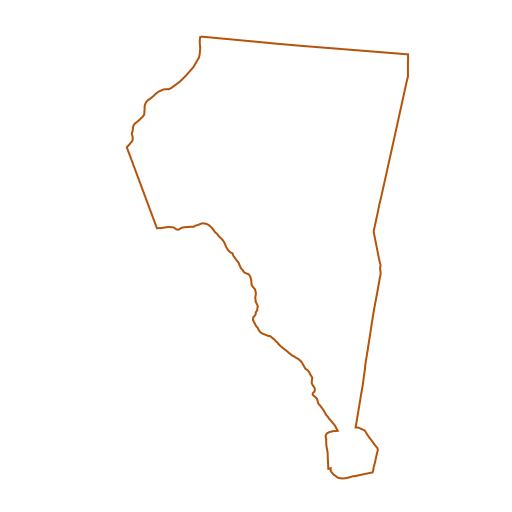 the district of Wajir East, North-Eastern, Kenya, rotated 275°
{"feature_id": "3690345B87307909258611", "entity_name": "Wajir East", "entity_type": "district", "adm_level": 2, "iso_a3": "KEN", "parent_name": "Kenya", "parent_adm1": "North-Eastern", "projection": "albers", "projection_center": [40.38, 2.006], "detail": "fine", "context": "isolated", "style": "outline", "palette": "amber", "viewbox_px": 512, "rotation_deg": 275, "n_neighbors": 0, "source": "geoboundaries", "source_scale": "gbopen_adm2", "svg_char_len": 6089}
<svg xmlns="http://www.w3.org/2000/svg" viewBox="0 0 512 512"><g transform="rotate(275 256 256)"><path d="M44.7,352.6L44.3,353.8L42.7,356.1L42.1,357.4L41.9,360.5L42.0,362.3L42.4,364.3L43.6,368.3L45.2,372.2L45.1,373.1L47.5,380.7L49.6,387.7L50.6,391.0L52.3,391.4L56.0,391.7L58.5,392.1L60.4,392.5L67.0,393.3L71.0,393.9L72.6,394.2L74.2,394.1L75.2,393.7L77.6,391.3L84.1,385.6L85.2,384.5L86.8,383.2L90.1,380.7L91.3,379.7L91.9,378.9L92.9,376.0L93.6,374.1L94.0,372.7L94.0,371.1L93.8,370.2L95.6,370.3L100.3,370.7L106.8,371.2L112.0,371.6L122.0,372.4L126.7,372.7L130.0,373.0L133.6,373.3L138.4,373.7L141.6,373.8L147.6,374.1L153.0,374.4L156.6,374.4L159.9,374.5L163.4,374.8L166.1,375.0L172.7,375.5L179.0,375.9L184.5,376.3L192.0,376.8L197.2,377.1L205.6,377.7L209.8,378.0L213.7,378.3L217.4,378.7L219.5,378.9L223.3,379.3L233.8,380.3L238.5,380.7L241.6,381.0L244.8,381.2L246.7,381.5L249.7,381.7L251.1,381.4L252.6,381.1L255.1,380.6L256.3,380.9L258.3,380.8L260.1,380.0L260.9,379.7L266.0,378.2L278.7,374.5L290.1,371.2L291.6,371.1L296.6,371.8L311.6,373.7L316.9,374.2L323.3,375.2L338.0,377.2L375.9,382.2L376.6,382.3L442.9,390.9L445.3,391.3L447.0,391.6L448.4,391.7L453.9,391.2L459.8,390.7L465.7,390.3L470.1,389.9L469.3,283.1L469.3,258.4L469.8,182.7L469.2,181.3L466.4,181.2L463.1,181.4L461.3,181.8L458.1,182.3L451.8,182.3L448.8,181.9L445.3,180.3L438.7,177.2L430.0,170.8L428.2,169.3L423.0,164.9L415.7,156.6L414.5,154.4L414.4,152.9L414.1,150.3L413.7,149.0L411.4,144.9L408.7,141.8L406.8,140.3L404.0,137.5L402.3,135.3L400.8,133.9L398.9,132.8L396.7,132.1L394.8,132.0L393.0,132.2L387.1,132.3L385.8,131.6L384.1,130.3L380.2,126.9L377.4,123.8L375.6,122.7L373.7,122.3L371.1,122.2L369.5,122.2L367.6,121.6L366.1,121.9L364.9,122.4L363.3,122.8L361.0,123.0L359.7,122.6L356.0,120.1L353.1,117.8L275.0,154.9L275.0,155.2L275.4,157.1L275.4,158.5L276.2,161.5L276.4,162.8L276.9,164.1L276.9,164.8L277.2,165.6L277.4,166.6L277.3,168.2L277.3,171.5L277.0,172.0L275.7,174.1L275.7,174.4L275.5,175.2L275.5,176.6L276.3,177.6L277.2,178.7L277.7,179.7L278.0,180.5L278.2,181.5L278.6,183.1L278.9,185.4L279.4,188.1L279.4,188.8L279.5,189.4L279.6,191.0L280.0,191.5L280.2,192.1L280.9,192.9L281.5,194.5L281.8,195.5L282.6,196.8L283.3,198.4L283.6,199.0L283.9,200.0L283.9,201.0L283.9,202.2L283.6,204.1L283.3,204.8L282.8,206.0L282.0,207.2L280.8,208.9L278.1,211.5L277.3,212.1L275.9,213.5L275.5,214.1L275.2,214.7L274.6,215.3L273.2,216.5L272.1,217.7L270.9,219.1L269.8,220.5L269.1,221.2L268.6,221.8L267.8,222.4L266.9,223.1L265.2,224.1L264.1,224.6L263.2,225.1L262.2,225.6L261.3,226.3L260.4,227.0L259.0,228.1L258.2,229.2L257.6,229.8L257.2,230.7L257.0,231.3L256.8,231.8L256.7,232.1L256.2,232.6L255.7,232.8L255.2,232.9L254.7,233.2L254.1,233.5L253.7,233.9L250.6,236.5L250.4,236.7L248.9,238.1L248.0,239.0L247.0,239.7L246.3,240.0L246.0,240.1L245.5,240.3L245.2,240.6L243.8,241.3L243.3,241.6L242.9,241.8L242.4,242.2L242.1,242.5L240.4,244.4L240.1,244.5L239.7,244.7L239.4,245.0L238.9,245.6L238.4,246.3L238.2,246.9L237.9,247.5L237.4,249.5L237.2,250.0L236.8,250.6L236.3,251.2L235.8,251.5L235.1,252.0L231.8,253.3L231.3,253.5L230.8,253.5L229.1,253.7L228.0,253.9L227.3,254.1L226.9,254.1L226.5,254.4L226.2,254.7L225.6,255.0L225.0,255.6L224.2,256.4L223.3,257.3L222.8,257.9L221.6,258.3L220.6,258.6L220.0,258.9L219.5,259.0L218.8,259.0L218.3,259.2L217.8,259.2L216.9,259.1L215.9,259.0L215.4,258.9L214.1,258.9L213.6,259.1L213.1,259.2L212.6,259.3L212.0,259.4L211.6,259.4L211.3,259.5L210.7,259.5L210.0,260.1L209.5,260.3L208.9,260.6L207.5,261.5L206.8,261.8L206.5,262.0L206.1,262.2L205.7,262.2L204.9,262.0L204.4,261.9L203.8,261.9L202.9,262.0L202.4,261.9L202.0,261.9L201.4,261.6L200.8,261.3L200.4,261.0L200.0,260.7L199.4,260.7L198.8,260.8L197.7,260.6L197.2,260.4L196.8,260.2L196.0,259.7L195.3,259.2L195.1,258.9L194.7,258.6L194.3,258.6L192.6,258.6L192.0,258.6L191.0,259.2L190.2,259.6L189.1,260.4L186.8,261.8L186.3,262.2L185.8,262.5L185.5,263.0L185.1,263.4L184.7,263.8L184.3,264.2L183.1,264.8L182.7,265.1L182.3,265.3L181.0,266.4L180.7,266.7L180.4,267.1L179.9,267.9L179.5,268.5L178.6,271.4L178.1,273.2L177.8,274.1L177.6,274.7L177.5,275.0L177.4,276.7L177.3,277.3L176.9,277.9L176.4,278.6L175.8,279.4L175.5,279.9L175.2,280.3L174.9,280.7L174.7,281.2L174.5,281.5L174.2,281.9L173.1,282.8L172.6,283.4L172.3,283.8L172.2,284.2L171.9,284.6L171.4,285.1L170.7,285.8L170.2,286.0L170.1,286.4L169.6,286.9L169.2,287.3L168.7,287.8L168.4,288.2L168.2,288.5L168.0,288.9L167.7,289.4L166.8,290.6L166.5,291.0L166.2,291.6L165.2,293.0L165.1,293.4L164.9,293.7L164.6,294.2L164.3,294.4L164.1,294.8L161.5,298.4L161.0,299.3L160.4,300.1L159.9,300.8L159.8,301.3L159.6,301.7L159.5,302.1L159.2,302.7L159.1,303.2L158.8,303.7L158.3,304.4L157.9,305.2L157.3,306.4L157.2,307.0L156.8,307.6L156.3,308.3L155.7,309.0L155.4,309.4L155.1,309.9L154.1,310.8L153.4,311.3L151.8,312.4L148.4,314.7L147.9,315.2L147.6,315.5L147.4,316.0L147.2,316.7L146.8,317.3L145.0,319.1L144.4,319.4L143.8,319.9L143.4,320.1L143.1,320.1L142.5,320.5L142.3,320.7L141.8,321.2L141.3,321.5L140.9,321.8L140.4,322.2L139.3,322.7L138.8,322.8L138.2,322.6L137.4,322.6L136.1,322.5L135.6,322.5L135.2,322.6L134.8,322.6L134.3,322.7L133.8,322.8L133.3,323.1L132.8,323.4L131.8,324.1L130.5,325.2L129.9,325.6L129.5,325.9L129.0,326.1L128.4,326.3L126.9,326.2L126.3,326.1L125.9,325.9L124.5,324.7L123.9,324.5L123.6,324.4L123.1,324.5L122.7,324.6L122.2,325.2L121.9,325.5L120.1,328.2L119.7,328.6L119.3,329.0L118.7,329.3L118.0,329.6L117.5,329.8L116.9,330.1L116.5,330.2L116.1,330.3L115.8,330.4L115.4,330.4L114.5,330.9L112.0,333.4L111.2,334.2L109.8,335.4L108.1,336.8L105.8,338.4L104.5,339.3L103.8,339.7L103.0,340.6L102.5,341.2L101.4,342.2L101.1,342.3L100.6,342.7L100.2,343.1L99.7,343.7L99.3,344.1L97.3,346.1L95.4,348.0L93.9,349.4L93.5,349.8L93.2,349.9L91.8,350.8L91.1,351.2L90.5,351.7L90.2,351.8L89.0,352.7L88.6,351.1L88.4,349.4L88.2,347.9L87.7,346.5L87.2,345.0L86.8,344.1L85.8,342.6L85.6,342.3L85.2,342.0L84.8,341.7L84.2,341.4L83.2,341.1L81.9,341.2L81.3,341.3L80.7,341.7L80.3,341.7L79.2,342.0L78.0,342.0L76.5,342.2L73.0,342.7L69.6,343.6L66.7,344.4L50.2,346.6L50.6,347.8L50.8,348.2L51.1,348.9L48.7,349.1L47.7,349.6L46.2,351.2L44.7,352.6Z" fill="none" stroke="#b45309" stroke-width="2"/></g></svg>